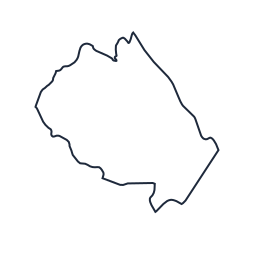 SVG path tracing the border of Naâma, rotated 321°
{"feature_id": "DZA-2149", "entity_name": "Naâma", "entity_type": "Province", "adm_level": 1, "iso_a3": "DZA", "parent_name": "Algeria", "parent_adm1": "", "projection": "orthographic", "projection_center": [-0.771, 33.209], "detail": "fine", "context": "isolated", "style": "outline", "palette": "slate", "viewbox_px": 256, "rotation_deg": 321, "n_neighbors": 0, "source": "natural_earth", "source_scale": "10m", "svg_char_len": 2394}
<svg xmlns="http://www.w3.org/2000/svg" viewBox="0 0 256 256"><g transform="rotate(321 128 128)"><path d="M96.5,210.4L97.7,202.8L98.6,199.7L99.3,198.2L100.5,196.7L101.6,196.1L104.6,195.7L107.2,194.6L109.6,192.8L113.7,188.2L112.6,186.3L92.9,170.9L88.4,169.2L86.1,167.2L76.6,151.0L79.6,148.9L80.1,148.3L80.6,147.6L80.9,146.8L81.0,145.9L81.3,144.1L81.3,142.1L80.9,140.4L79.7,139.2L77.6,137.7L75.8,136.0L74.4,133.9L73.4,131.2L72.2,128.8L68.6,125.3L68.0,122.5L68.1,114.2L68.9,112.1L69.8,110.0L71.2,105.3L72.3,103.8L73.2,101.5L72.9,98.7L69.8,91.1L69.0,90.1L67.8,89.1L65.4,88.2L64.3,87.5L63.9,86.1L64.2,84.9L64.9,84.0L65.7,83.3L66.5,82.4L67.0,81.2L67.1,80.2L66.3,77.8L65.8,73.6L66.0,69.7L69.4,56.1L69.6,54.5L69.4,53.4L70.4,52.7L82.9,45.2L85.4,44.5L86.4,44.4L88.5,44.6L91.9,44.4L93.5,44.6L98.2,44.1L98.9,43.9L99.5,43.7L100.4,43.0L101.3,42.1L101.7,41.9L105.9,40.0L106.7,39.5L108.0,38.5L109.8,39.6L110.7,40.1L111.9,40.4L113.4,40.2L115.5,39.7L116.3,39.7L117.1,40.0L118.4,40.8L119.5,41.7L120.9,42.4L122.5,42.8L127.7,43.3L130.9,42.7L132.7,42.0L134.3,41.1L138.7,37.6L141.6,35.7L143.0,35.2L144.3,35.0L145.7,35.0L147.1,35.4L148.5,36.1L149.5,36.9L150.5,38.2L151.0,39.0L152.2,42.1L151.3,44.1L151.2,45.1L151.5,46.7L151.9,48.1L157.3,58.5L159.2,63.5L159.3,64.5L159.1,65.1L159.1,65.9L159.3,66.5L160.6,68.1L160.9,68.4L161.3,68.5L161.5,68.3L161.7,67.9L161.8,67.5L161.8,67.0L161.7,66.3L161.7,66.0L161.7,65.6L161.8,65.3L161.9,65.1L162.4,64.7L162.8,64.5L163.3,64.5L163.9,64.7L164.4,64.7L164.7,64.5L164.9,64.1L165.5,62.9L167.9,59.3L170.1,56.8L170.4,56.5L170.7,56.3L171.4,56.0L172.7,55.6L175.1,54.6L175.7,54.1L176.1,54.0L176.5,53.9L178.2,53.9L180.4,54.4L180.9,54.7L181.3,55.1L181.8,56.8L181.9,59.3L182.0,60.1L182.0,60.6L181.9,61.1L181.8,61.3L181.8,61.7L181.9,62.2L182.3,62.4L182.7,62.4L183.1,62.3L186.1,60.6L189.4,58.2L190.9,57.3L192.1,57.1L192.0,60.6L189.8,77.8L189.6,92.9L191.3,113.7L191.0,119.4L190.5,122.6L186.7,135.7L185.4,140.4L184.8,143.7L184.7,145.4L186.5,160.7L186.4,161.9L185.9,163.7L180.0,180.0L179.8,181.9L180.0,183.8L181.1,185.5L182.2,186.3L183.3,186.6L184.4,186.8L185.3,187.0L186.1,187.5L186.3,188.0L186.6,188.6L186.8,189.6L186.9,190.8L186.8,192.3L186.3,195.9L184.4,202.1L127.0,220.6L123.4,221.0L121.8,220.8L119.6,215.3L118.7,213.8L117.9,212.6L117.2,211.8L116.4,211.0L115.9,210.7L115.2,210.3L114.0,209.8L112.4,209.4L107.7,209.3L97.6,210.5L96.5,210.4Z" fill="none" stroke="#1e293b" stroke-width="2"/></g></svg>